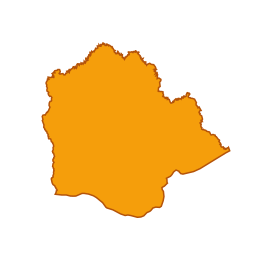 Bugesera, Eastern, Rwanda (Mercator projection), rotated 342°
{"feature_id": "39286606B3134655885223", "entity_name": "Bugesera", "entity_type": "district", "adm_level": 2, "iso_a3": "RWA", "parent_name": "Rwanda", "parent_adm1": "Eastern", "projection": "mercator", "projection_center": [30.152, -2.233], "detail": "fine", "context": "isolated", "style": "filled", "palette": "amber", "viewbox_px": 256, "rotation_deg": 342, "n_neighbors": 0, "source": "geoboundaries", "source_scale": "gbopen_adm2", "svg_char_len": 5748}
<svg xmlns="http://www.w3.org/2000/svg" viewBox="0 0 256 256"><g transform="rotate(342 128 128)"><path d="M64.3,59.3L63.8,60.6L64.1,61.9L63.4,63.3L63.7,65.0L62.8,66.3L62.4,67.6L62.5,68.2L63.3,69.0L63.6,69.7L62.7,70.6L62.7,72.1L63.4,73.8L64.0,73.7L64.5,74.1L65.0,75.5L64.2,76.5L63.8,78.3L63.4,78.7L62.1,78.6L60.8,79.9L59.9,82.2L60.2,84.1L57.4,87.3L56.8,87.5L56.2,88.3L55.5,88.0L53.3,90.1L52.7,89.7L51.1,89.5L50.0,90.5L49.7,93.7L48.8,94.4L49.0,99.1L48.1,101.4L48.6,102.8L48.4,103.9L48.9,104.4L49.1,105.9L49.6,106.2L49.5,108.1L50.1,109.4L49.5,110.7L49.5,111.5L49.9,111.8L49.2,112.9L49.4,113.9L50.6,114.2L51.1,114.7L50.9,117.3L51.8,118.5L51.6,119.2L51.9,120.4L51.8,121.7L51.5,122.7L50.7,123.4L50.2,125.5L48.9,126.8L49.1,127.4L48.8,128.3L49.4,128.9L49.3,132.4L48.3,133.1L48.0,134.0L47.0,134.5L46.4,136.2L47.0,137.8L45.7,138.8L44.4,141.3L44.7,142.2L44.5,143.1L44.9,143.8L44.3,145.3L44.5,145.8L43.5,146.9L43.2,148.5L41.7,150.5L41.7,151.4L40.4,152.0L39.9,151.9L39.3,152.7L38.9,156.7L39.2,158.6L40.5,160.4L40.5,161.5L40.9,162.5L40.8,163.4L41.4,164.5L41.2,165.5L40.3,165.7L39.9,166.8L38.3,168.5L44.2,171.2L48.7,172.7L52.2,174.9L54.9,175.9L57.4,176.6L64.0,176.0L66.0,176.6L70.0,178.6L74.1,181.7L76.4,184.3L80.8,191.2L82.5,196.5L83.2,197.5L88.4,201.2L94.4,207.4L98.2,210.3L101.0,210.7L103.6,212.1L109.3,215.8L112.8,216.6L115.9,216.4L119.8,214.3L123.0,214.0L124.3,213.5L127.0,211.8L129.9,211.8L133.6,213.3L135.5,212.7L139.0,208.0L141.0,204.3L142.1,199.2L141.5,197.2L141.9,195.1L144.7,194.5L148.5,192.6L148.3,191.9L149.1,189.0L149.0,187.7L153.5,187.0L155.4,185.9L157.8,183.9L160.7,182.8L163.2,185.0L163.2,186.0L163.7,186.6L164.0,187.6L166.0,188.8L176.9,189.7L184.0,188.9L213.1,181.9L217.7,181.1L217.6,177.5L217.0,178.0L216.5,177.6L215.5,178.0L214.9,177.7L214.6,178.5L214.3,178.5L213.9,177.8L213.4,177.8L213.3,176.7L212.7,176.9L212.9,176.0L212.7,175.3L211.7,175.3L211.0,174.9L210.7,174.1L211.2,172.9L210.8,172.8L210.4,172.0L211.2,171.8L211.3,171.3L210.3,169.0L211.1,168.4L211.2,167.7L210.4,166.8L209.3,163.6L208.5,162.8L208.7,161.8L206.8,160.4L205.3,160.4L204.7,160.1L204.3,157.0L201.9,155.5L201.2,154.2L199.9,153.5L199.4,152.6L198.7,152.8L197.7,151.8L198.4,150.6L197.7,149.4L198.1,148.6L198.1,147.7L198.7,147.2L198.1,146.1L198.1,145.6L198.8,145.9L199.6,144.6L200.5,144.8L199.9,143.3L200.2,143.3L200.6,143.9L201.6,142.6L201.8,139.3L200.6,137.5L200.5,136.5L201.0,136.4L200.4,134.9L201.9,133.7L202.9,133.9L202.1,130.0L201.0,130.4L201.2,129.7L200.6,129.3L200.4,127.8L200.0,127.5L200.1,126.1L200.9,125.1L200.2,121.1L198.2,119.6L196.9,119.1L196.5,118.4L195.4,118.0L195.0,117.4L195.1,116.4L197.3,114.8L196.9,113.7L196.7,113.5L195.9,113.8L195.5,112.8L195.1,112.8L193.7,114.3L193.1,115.7L191.6,116.0L191.3,114.9L190.9,114.8L190.1,115.4L189.8,116.5L189.1,116.3L189.5,115.6L188.8,115.2L187.5,116.9L187.3,116.4L186.2,116.5L185.7,115.6L185.0,115.4L184.7,115.4L184.5,116.7L184.2,116.7L184.0,115.2L183.5,116.5L183.0,116.6L182.2,115.8L183.0,115.3L182.7,115.0L180.2,116.1L179.9,117.1L179.4,117.2L178.8,116.7L178.4,117.3L178.6,117.6L176.6,117.7L176.1,116.3L176.0,113.7L175.7,113.3L174.7,113.1L175.2,112.7L175.2,111.7L174.3,112.1L173.3,111.6L174.4,111.3L174.4,110.9L172.5,110.4L171.7,109.3L171.0,108.9L170.9,108.5L171.9,107.9L172.1,106.6L171.8,105.9L172.5,104.6L171.5,103.8L169.5,103.1L168.7,102.1L168.3,102.5L168.1,102.3L169.6,99.0L171.4,98.4L172.2,94.2L173.8,93.2L174.3,91.9L172.8,90.0L171.0,90.1L172.4,86.8L171.0,86.9L172.5,85.5L172.7,84.5L171.0,84.8L171.7,84.2L171.7,82.5L171.3,82.2L170.7,82.5L170.5,82.1L170.8,81.4L172.6,81.2L171.4,80.3L172.9,80.3L172.9,78.4L172.0,75.7L169.7,74.6L168.7,73.2L166.2,73.4L165.3,73.9L165.4,73.4L164.3,72.5L163.9,71.1L165.0,71.5L165.3,70.7L163.0,69.7L163.2,68.9L162.4,68.5L162.3,67.9L162.7,67.2L163.4,67.0L163.8,66.5L162.0,66.6L161.6,66.3L161.6,65.5L162.3,64.8L161.5,64.0L161.9,63.0L160.5,60.7L160.8,60.0L161.7,59.5L161.7,59.1L161.2,58.9L160.6,59.7L160.3,59.7L159.3,57.1L158.9,56.9L158.6,57.0L158.3,58.0L156.7,56.9L156.2,57.0L156.3,57.6L156.0,57.8L154.8,56.6L153.9,56.7L151.9,55.8L151.7,56.2L152.0,58.1L151.8,58.5L151.4,58.7L150.5,58.3L149.3,59.5L148.2,59.4L147.8,60.2L147.0,59.9L146.6,61.0L145.8,61.7L145.3,59.5L144.5,59.4L144.4,59.0L145.3,56.6L144.0,56.6L144.4,55.5L142.8,56.0L142.5,55.1L143.0,54.3L141.8,54.0L142.2,52.2L142.0,51.9L140.2,53.9L139.2,53.4L139.3,52.7L138.4,51.3L138.5,51.0L139.7,50.4L138.6,49.4L138.3,47.4L137.7,46.9L138.1,46.1L137.9,45.6L137.1,45.4L136.1,43.7L135.0,43.8L135.1,42.9L134.4,42.7L134.1,41.8L133.3,41.5L133.2,42.6L133.0,42.8L131.7,42.4L131.5,40.5L130.5,39.4L130.1,39.8L130.2,40.8L127.9,40.2L127.9,41.6L127.5,41.9L126.7,41.6L126.1,40.0L125.8,41.1L124.2,40.5L124.0,42.6L123.2,42.8L121.9,42.1L121.6,42.4L121.4,43.4L120.5,43.6L119.5,44.9L119.1,44.3L117.6,45.0L117.2,43.8L116.3,44.8L115.2,44.3L115.1,44.8L115.7,46.0L115.4,46.2L114.1,45.8L115.3,46.8L115.2,47.1L114.2,47.8L113.7,46.2L113.4,46.2L112.4,47.7L111.7,48.0L112.2,48.7L111.2,50.1L110.5,49.0L109.4,48.6L109.0,50.1L110.3,51.2L107.7,51.6L107.6,52.0L107.9,52.5L107.3,53.1L107.0,52.8L107.2,51.4L107.0,50.9L106.5,52.1L105.1,53.3L104.9,52.3L103.9,52.8L104.0,52.1L103.5,51.5L102.9,52.7L101.5,52.0L101.0,53.2L100.7,52.7L100.7,51.7L99.9,51.4L99.9,52.2L98.8,52.1L98.5,53.7L97.5,55.1L97.0,53.6L96.6,54.6L95.4,54.9L95.7,53.2L94.9,52.8L93.5,54.2L91.8,54.5L91.2,55.2L90.5,54.3L90.1,54.2L89.5,54.9L89.8,56.2L89.2,57.2L88.6,56.1L88.7,55.2L87.2,55.1L87.3,56.2L87.0,56.7L86.4,56.9L85.6,56.7L85.0,57.7L84.5,58.0L83.5,57.7L82.9,56.1L80.0,55.7L79.5,55.1L79.4,54.7L80.2,54.4L81.0,53.4L81.0,51.3L79.4,50.7L78.6,51.2L76.1,50.9L75.0,51.7L75.6,52.7L75.5,53.0L74.1,52.3L72.6,52.8L73.2,54.0L71.8,55.6L72.1,55.9L73.4,55.6L73.3,56.6L73.0,57.0L71.4,56.2L70.3,56.2L67.7,54.9L67.4,55.9L68.0,57.2L67.4,57.4L66.5,56.7L65.8,58.0L64.3,59.3Z" fill="#f59e0b" stroke="#b45309" stroke-width="1.5"/></g></svg>